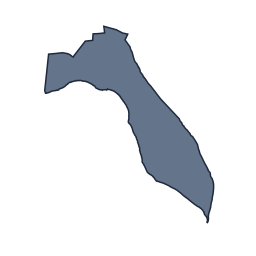 the district of Kota Dumai, Riau, Indonesia, rotated 173°
{"feature_id": "22746128B18875576502901", "entity_name": "Kota Dumai", "entity_type": "district", "adm_level": 2, "iso_a3": "IDN", "parent_name": "Indonesia", "parent_adm1": "Riau", "projection": "robinson", "projection_center": [101.324, 1.853], "detail": "fine", "context": "isolated", "style": "filled", "palette": "slate", "viewbox_px": 256, "rotation_deg": 173, "n_neighbors": 0, "source": "geoboundaries", "source_scale": "gbopen_adm2", "svg_char_len": 5561}
<svg xmlns="http://www.w3.org/2000/svg" viewBox="0 0 256 256"><g transform="rotate(173 128 128)"><path d="M205.6,172.6L204.8,172.5L204.5,172.7L204.3,172.5L204.0,172.6L203.7,172.7L202.4,172.8L201.0,173.3L200.5,173.3L199.3,173.8L198.7,173.9L195.2,174.0L194.5,174.1L194.4,174.2L194.2,174.1L193.0,174.1L192.2,174.2L191.9,174.8L191.5,175.1L189.8,175.4L189.5,175.6L188.1,175.8L187.3,176.2L187.1,176.3L186.6,176.5L185.9,176.8L185.6,176.9L185.5,177.0L185.2,177.3L184.4,177.8L184.1,178.3L183.8,178.4L183.2,178.6L183.0,178.8L182.6,178.8L182.3,179.2L181.3,179.9L180.5,180.3L178.9,180.4L178.7,180.8L177.0,180.8L176.1,181.0L175.9,181.2L174.9,181.1L174.7,181.1L174.0,181.1L173.8,181.2L173.6,181.1L173.3,181.1L173.1,181.3L173.0,181.2L172.5,181.2L172.1,181.3L171.6,181.2L171.1,181.0L170.3,181.0L169.9,181.2L169.7,181.0L168.9,180.9L168.6,180.6L167.7,180.3L167.6,180.2L167.4,180.3L167.1,180.3L166.7,180.0L166.3,179.9L165.9,179.8L165.7,179.8L165.0,179.6L164.3,179.4L164.0,179.1L163.3,179.0L162.9,178.6L162.6,178.6L161.8,178.1L161.4,177.8L159.8,176.7L159.1,176.2L158.5,175.8L158.0,175.5L157.7,175.0L157.4,174.8L157.4,174.5L157.2,174.3L156.0,173.9L155.8,173.5L155.4,172.3L155.1,171.9L155.0,171.7L154.5,171.2L153.7,171.0L153.0,170.3L152.8,170.2L152.7,170.1L152.5,169.9L152.1,169.9L151.4,169.6L151.1,169.3L150.7,169.2L149.5,169.0L148.6,169.0L148.6,168.8L148.4,168.9L145.4,168.8L145.3,168.7L145.1,168.6L144.6,168.6L144.5,168.4L144.0,168.9L143.7,168.9L143.6,169.0L143.5,168.7L143.2,168.8L141.6,168.4L140.6,167.8L140.4,167.8L139.9,167.6L139.7,167.6L139.5,167.3L139.2,167.3L139.0,167.1L138.2,166.8L138.1,166.6L136.9,166.0L136.7,165.6L136.4,165.3L134.9,164.0L134.7,163.6L134.2,163.3L134.1,162.9L133.6,162.5L133.4,162.5L133.2,161.9L133.0,161.7L132.8,161.7L132.5,160.8L132.1,160.7L131.9,160.5L131.8,159.6L131.7,159.5L131.5,159.2L131.4,159.2L131.2,158.4L130.9,157.8L130.6,157.3L130.1,156.8L130.1,156.7L129.3,154.8L129.0,154.7L128.4,153.5L127.7,152.1L127.5,151.7L127.3,151.5L127.1,151.1L126.8,149.9L125.6,146.5L125.3,144.7L125.3,142.4L125.6,140.5L125.8,139.3L125.8,138.1L126.1,137.1L126.2,136.6L126.6,135.6L126.9,134.1L126.9,133.3L126.5,132.6L126.3,132.4L125.7,131.6L125.5,131.3L125.2,131.1L124.9,130.4L124.5,129.2L123.9,127.3L123.5,124.5L123.3,123.5L123.2,123.2L123.1,122.8L122.6,121.7L122.0,119.9L121.1,118.5L121.1,118.4L121.2,118.1L120.9,117.6L120.9,116.6L120.7,115.7L120.5,115.4L120.5,115.1L120.4,115.0L120.1,113.7L120.1,113.2L120.2,112.7L120.0,112.0L119.7,111.5L119.7,110.8L119.5,110.5L119.6,110.4L119.6,109.7L119.3,108.3L119.3,107.6L118.9,107.1L118.9,106.0L119.2,104.9L119.1,104.7L119.1,103.7L118.9,103.5L118.9,102.2L118.7,101.4L118.5,99.9L118.0,99.2L118.1,98.6L118.1,97.4L117.9,96.7L117.7,96.2L117.7,95.9L117.8,95.8L117.8,94.9L117.9,94.5L117.9,93.2L118.1,92.8L118.1,92.4L117.7,91.7L117.0,90.4L117.0,90.0L116.8,90.0L116.8,89.7L116.1,87.7L115.2,85.0L115.1,84.7L115.0,84.2L114.6,83.0L114.2,81.8L113.9,81.4L113.8,81.2L113.4,80.8L112.5,79.9L112.3,79.9L111.8,79.2L111.5,79.1L111.2,79.0L110.9,78.6L110.2,78.0L109.8,77.7L109.4,77.1L109.0,76.4L108.7,76.2L108.3,75.6L107.4,73.8L107.2,73.4L106.8,72.9L106.7,72.6L106.2,71.8L105.8,71.7L105.5,71.6L105.4,71.5L105.0,71.5L104.9,71.4L103.4,70.7L103.0,70.4L102.4,70.2L102.1,70.0L100.4,69.3L100.0,69.1L98.8,68.5L98.7,68.3L97.2,67.5L97.0,67.3L94.8,66.0L94.5,65.7L94.2,65.5L93.3,64.7L93.1,64.6L92.3,64.0L91.9,63.8L91.5,63.4L88.6,61.6L87.3,60.5L86.8,60.2L86.3,59.6L85.5,58.8L85.3,58.7L85.1,58.4L84.7,58.1L83.5,56.8L83.2,56.6L82.5,55.7L82.4,55.5L81.4,54.4L80.9,53.8L80.5,53.5L80.1,53.3L80.1,53.2L79.9,53.1L79.7,52.6L78.8,51.8L78.5,51.8L78.4,51.5L77.8,50.9L77.6,50.8L77.3,50.4L77.1,50.3L76.8,49.9L76.6,49.8L76.2,49.2L75.8,48.9L75.2,48.2L74.3,47.3L74.2,47.2L73.4,46.3L72.9,46.0L72.3,45.2L71.7,44.7L71.3,44.2L69.3,42.5L68.8,41.9L67.9,41.3L67.5,41.1L67.3,41.1L67.0,41.0L66.9,40.7L66.2,39.9L65.9,39.6L65.5,39.4L64.9,38.6L64.5,38.1L63.7,37.0L63.4,36.2L63.0,35.0L62.7,34.9L62.8,34.4L62.7,33.4L62.4,33.0L62.4,32.7L62.1,32.5L61.9,31.5L61.0,30.7L60.9,30.2L60.7,29.4L60.4,28.3L60.4,27.4L60.4,26.7L60.6,25.9L61.0,25.3L61.0,24.6L61.3,24.1L60.8,24.4L60.1,25.3L59.7,26.1L59.4,27.3L59.3,27.7L59.3,28.2L59.1,28.5L59.0,30.6L59.1,30.8L58.9,30.9L58.7,31.7L58.8,32.0L58.6,32.7L58.4,32.8L58.3,33.2L57.7,34.5L57.5,35.0L57.3,35.3L57.2,35.6L57.1,35.8L57.1,36.0L56.9,36.2L55.8,38.8L55.6,39.8L55.3,40.4L55.2,41.0L54.8,42.6L54.5,43.4L54.1,44.6L53.9,44.8L53.7,45.5L53.3,46.4L52.8,48.8L52.6,49.2L52.4,50.1L51.8,51.6L50.7,56.2L50.2,58.8L50.1,60.0L50.1,60.5L49.9,61.4L49.9,62.4L50.0,63.1L50.1,64.8L50.6,66.9L50.7,67.7L51.1,68.2L51.5,69.1L51.9,69.6L51.9,73.3L52.3,74.2L53.5,75.9L53.8,77.2L53.7,77.2L55.0,80.9L56.3,83.9L58.6,90.8L59.6,93.4L59.9,94.7L59.9,95.1L60.2,97.2L60.5,97.9L61.0,102.9L62.1,105.7L63.8,109.3L65.0,111.7L66.2,112.6L67.0,113.9L67.0,114.6L67.6,115.5L68.6,117.0L69.3,118.4L70.7,120.0L71.4,121.0L72.1,122.3L72.4,123.3L73.3,123.9L74.2,126.9L74.7,127.5L75.3,128.4L75.6,129.2L76.1,131.1L76.7,131.8L85.4,143.7L92.0,152.7L94.6,157.1L95.1,157.9L96.6,160.6L97.6,162.2L100.5,167.1L102.8,170.3L103.6,172.1L105.2,175.2L106.3,176.9L106.5,176.8L106.9,178.7L108.4,181.2L109.1,182.5L109.0,183.9L109.5,186.0L109.9,186.5L109.7,186.5L109.8,186.5L110.4,187.8L111.5,190.8L112.3,191.9L113.1,193.1L113.7,195.8L114.8,203.3L115.5,204.6L115.9,206.4L116.1,208.3L118.0,211.7L120.2,215.8L116.8,221.2L122.0,223.0L127.5,226.9L139.6,231.9L139.6,225.2L145.5,225.3L151.2,225.7L152.4,219.3L159.8,219.4L173.0,206.1L173.6,205.1L174.7,205.8L176.3,207.5L178.3,208.9L180.8,209.8L184.0,210.7L191.3,210.8L197.8,211.0L206.1,175.3L205.9,173.9L205.6,172.6Z" fill="#64748b" stroke="#1e293b" stroke-width="1.5"/></g></svg>